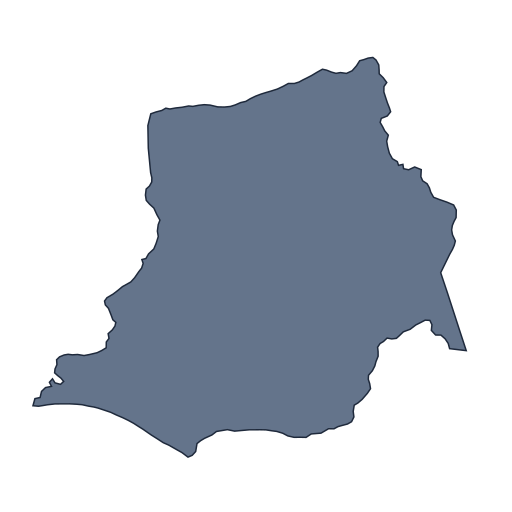 the district of Presidente Kennedy, Espírito Santo, Brazil, rotated 93°
{"feature_id": "56859067B59803678983356", "entity_name": "Presidente Kennedy", "entity_type": "district", "adm_level": 2, "iso_a3": "BRA", "parent_name": "Brazil", "parent_adm1": "Espírito Santo", "projection": "mercator", "projection_center": [-41.068, -21.151], "detail": "fine", "context": "isolated", "style": "filled", "palette": "slate", "viewbox_px": 512, "rotation_deg": 93, "n_neighbors": 0, "source": "geoboundaries", "source_scale": "gbopen_adm2", "svg_char_len": 3193}
<svg xmlns="http://www.w3.org/2000/svg" viewBox="0 0 512 512"><g transform="rotate(93 256 256)"><path d="M104.9,129.1L101.2,130.5L96.4,132.7L91.3,134.7L85.5,136.9L80.1,137.1L75.9,134.5L71.3,138.3L67.6,142.5L63.7,142.8L58.8,143.4L54.0,146.4L51.6,149.7L52.5,154.4L54.2,158.5L55.6,162.7L60.8,165.6L66.0,169.7L68.9,175.2L68.4,181.3L69.4,185.7L68.4,190.2L66.7,195.2L66.0,199.4L69.4,204.8L72.9,210.0L75.7,214.8L77.7,218.4L80.0,222.1L81.7,226.7L82.0,232.7L85.1,237.7L88.2,243.5L90.5,249.6L92.2,254.5L94.1,259.6L96.4,264.8L99.2,269.9L102.1,274.2L103.6,279.4L106.2,284.6L108.0,289.4L108.9,295.3L109.1,302.0L107.7,309.8L107.6,315.6L108.5,321.2L109.9,326.9L109.7,331.1L111.3,337.5L112.4,344.1L113.7,349.7L113.1,353.8L115.6,357.7L117.4,363.4L119.5,368.5L126.2,369.8L131.4,370.8L154.0,369.2L178.2,365.6L183.4,364.1L187.6,364.0L191.8,366.1L194.9,369.2L201.0,369.6L206.2,368.5L209.7,365.1L213.5,360.5L220.0,357.1L225.2,353.8L229.8,355.3L236.3,355.8L241.7,354.6L248.6,356.4L254.3,358.4L259.5,363.4L264.3,365.8L265.5,369.8L269.3,368.3L274.1,369.6L277.6,372.1L284.1,376.1L288.5,379.7L293.6,387.8L297.3,391.8L301.5,396.7L305.4,402.6L308.9,404.9L312.7,403.9L316.0,400.6L322.3,397.7L327.2,395.6L329.6,392.5L333.4,393.2L337.3,395.6L341.3,399.6L346.0,398.5L349.7,401.0L355.5,400.8L358.5,405.2L360.9,409.6L363.1,417.1L364.4,422.5L363.7,429.0L364.3,434.2L364.0,438.5L364.9,442.5L367.0,446.9L370.0,449.7L374.9,449.1L379.3,450.8L383.2,451.0L385.8,447.8L388.1,444.5L391.3,441.5L394.4,444.5L393.2,450.1L389.3,452.8L392.9,455.7L396.9,453.4L398.4,459.3L402.4,463.1L408.6,464.2L410.0,469.3L417.2,470.9L417.4,465.3L416.5,461.0L415.5,456.6L414.2,448.8L413.8,441.5L413.4,434.4L413.4,427.6L413.6,421.8L414.7,415.3L415.3,410.0L416.1,405.9L418.0,399.0L419.7,392.9L422.0,387.3L424.4,380.7L426.8,375.0L429.5,369.4L432.2,364.7L434.8,360.0L437.4,355.8L440.3,351.1L443.7,345.0L447.3,338.8L449.3,333.5L451.4,329.3L453.5,325.1L456.2,319.6L460.4,313.4L458.4,309.3L454.4,306.0L446.4,305.1L443.3,301.6L440.8,297.9L437.0,290.6L433.3,286.3L430.9,275.5L432.0,268.2L429.9,253.6L429.7,249.4L429.3,243.1L429.1,237.0L429.7,231.2L430.1,226.1L431.6,220.0L434.0,214.8L435.1,208.4L434.7,203.0L434.5,196.5L430.8,191.5L429.5,181.8L424.7,174.5L424.5,169.1L422.1,165.2L420.8,161.4L419.0,155.8L416.5,151.9L411.6,149.8L406.1,150.8L399.8,150.1L397.5,146.6L393.6,142.5L387.3,137.6L382.5,134.7L377.5,135.8L373.3,137.4L369.2,137.4L364.5,133.8L359.6,131.6L355.3,130.7L349.7,128.8L344.9,129.1L340.7,129.8L336.9,127.5L334.7,124.2L331.1,120.8L331.7,116.1L330.9,111.5L328.1,108.7L324.0,104.9L321.1,98.2L316.5,92.8L314.0,88.4L311.2,83.7L311.2,79.0L315.4,76.7L321.1,77.0L325.5,72.5L325.3,67.2L328.8,62.8L333.2,59.5L338.4,57.8L339.5,41.1L318.8,49.1L282.8,62.9L268.1,68.7L263.0,70.7L244.2,62.7L239.2,60.2L235.0,58.6L230.6,57.7L224.5,60.9L219.7,62.0L215.2,61.5L211.0,60.0L207.2,58.2L199.6,58.4L194.7,61.3L192.2,68.2L190.1,75.5L188.1,81.7L183.2,84.8L178.9,86.4L174.9,88.9L172.2,93.5L168.2,95.5L161.1,95.5L158.8,102.2L161.9,108.1L161.1,113.2L156.8,114.1L158.0,118.4L154.4,119.8L151.7,124.9L146.4,128.2L140.2,130.2L134.5,131.5L128.4,130.2L124.3,134.0L120.6,136.1L116.1,139.0L112.0,138.1L109.3,132.2L104.9,129.1Z" fill="#64748b" stroke="#1e293b" stroke-width="1.5"/></g></svg>